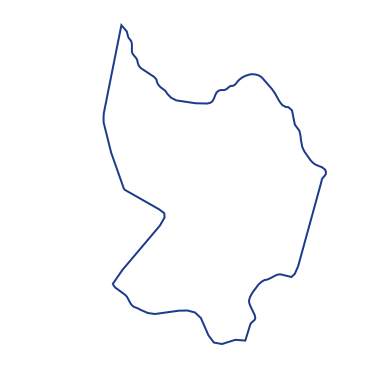 Misiones, Mercator projection, rotated 21°
{"feature_id": "PRY-609", "entity_name": "Misiones", "entity_type": "Department", "adm_level": 1, "iso_a3": "PRY", "parent_name": "Paraguay", "parent_adm1": "", "projection": "mercator", "projection_center": [-57.038, -26.955], "detail": "fine", "context": "isolated", "style": "outline", "palette": "blue", "viewbox_px": 384, "rotation_deg": 21, "n_neighbors": 0, "source": "natural_earth", "source_scale": "10m", "svg_char_len": 1784}
<svg xmlns="http://www.w3.org/2000/svg" viewBox="0 0 384 384"><g transform="rotate(21 192 192)"><path d="M194.1,320.8L185.7,320.4L183.9,320.1L178.8,320.0L176.5,319.3L174.5,318.0L168.8,313.1L166.6,312.0L156.8,309.3L154.8,308.8L152.5,307.5L151.0,306.0L151.1,305.7L155.0,289.6L174.1,234.8L175.5,225.6L173.8,221.8L167.7,220.0L128.7,214.1L127.1,213.2L102.4,184.2L84.6,158.8L82.7,154.1L81.4,149.9L66.3,61.6L73.5,65.4L77.1,70.4L78.6,71.4L81.0,72.8L82.3,74.5L83.4,76.7L85.0,81.0L85.7,82.7L87.1,84.3L92.6,87.5L94.0,89.1L95.3,91.2L97.0,93.1L99.8,94.7L115.4,98.1L118.3,99.6L119.7,101.6L121.9,103.8L124.9,105.4L130.7,107.0L134.1,109.4L138.8,111.5L144.5,112.1L163.4,107.9L174.4,104.0L177.2,102.1L178.6,99.8L179.0,97.0L179.0,93.3L179.3,90.2L180.5,88.0L182.3,86.5L185.5,85.3L187.0,84.0L187.8,83.0L188.2,81.9L188.9,80.8L190.0,79.2L192.3,78.1L193.4,76.8L194.2,75.1L194.8,72.8L196.0,70.0L198.0,66.8L200.5,64.2L203.8,61.6L205.1,60.8L206.8,60.2L209.0,59.6L211.2,59.3L213.2,59.3L215.1,59.7L216.7,60.3L229.4,67.0L234.0,70.1L241.1,76.0L245.1,78.5L249.1,79.0L251.6,78.3L254.3,79.2L256.2,80.1L263.9,92.3L270.1,96.2L271.3,97.8L273.2,100.7L274.9,104.1L278.9,110.6L282.4,113.9L291.5,120.0L294.7,121.5L297.8,122.2L304.5,122.3L308.2,123.4L310.0,125.4L310.5,127.4L310.0,129.5L309.0,132.1L308.8,133.3L308.7,133.8L309.1,135.9L317.7,223.3L317.3,231.7L315.3,235.7L304.4,237.1L302.9,237.7L300.9,238.9L295.3,245.2L293.5,246.9L291.4,248.1L289.3,250.6L287.3,254.3L284.5,264.2L283.8,269.4L284.2,273.4L285.5,275.4L287.0,277.2L294.6,284.4L295.6,285.8L296.4,287.6L296.3,288.9L295.6,290.4L295.0,291.4L294.1,293.3L293.9,294.7L295.0,311.6L285.4,314.5L274.4,323.2L266.5,324.7L266.4,324.7L258.7,319.9L245.5,306.5L237.9,303.4L230.1,304.3L222.3,307.5L201.1,319.2L194.1,320.8Z" fill="none" stroke="#1e3a8a" stroke-width="2"/></g></svg>